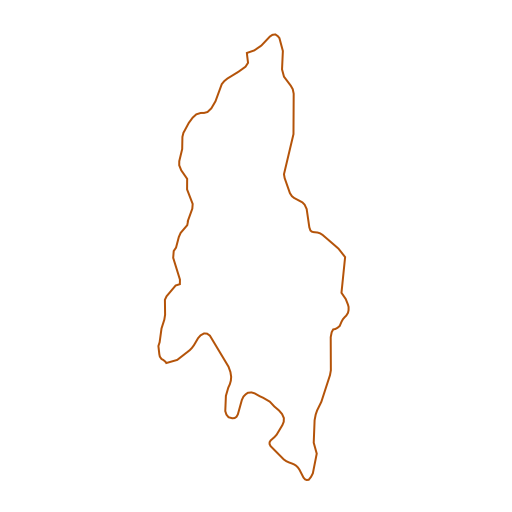 Maramures, Robinson projection, rotated 272°
{"feature_id": "ROU-298", "entity_name": "Maramures", "entity_type": "County", "adm_level": 1, "iso_a3": "ROU", "parent_name": "Romania", "parent_adm1": "", "projection": "robinson", "projection_center": [23.844, 47.655], "detail": "fine", "context": "isolated", "style": "outline", "palette": "amber", "viewbox_px": 512, "rotation_deg": 272, "n_neighbors": 0, "source": "natural_earth", "source_scale": "10m", "svg_char_len": 2123}
<svg xmlns="http://www.w3.org/2000/svg" viewBox="0 0 512 512"><g transform="rotate(272 256 256)"><path d="M162.6,161.6L166.5,162.7L180.3,164.1L189.2,166.6L194.1,167.2L209.1,166.5L212.6,168.0L223.7,176.7L225.2,180.9L229.8,180.8L251.3,173.3L258.1,173.6L261.6,175.8L272.3,178.2L276.5,179.9L284.4,186.2L288.1,186.8L288.4,186.6L301.1,190.7L305.8,190.9L320.1,184.8L330.7,184.5L339.0,178.3L344.0,176.1L348.1,176.0L360.3,178.5L372.5,178.3L376.7,179.2L378.4,180.1L386.7,184.2L392.1,187.9L395.5,191.4L397.0,195.7L397.2,199.2L398.2,202.5L402.0,206.2L409.2,210.1L426.6,215.8L429.7,218.2L432.4,221.3L439.7,232.3L444.8,238.9L448.8,241.3L455.7,240.2L458.6,239.8L461.4,247.1L466.5,254.0L475.8,262.2L477.6,264.7L478.1,267.6L476.5,270.1L474.6,271.8L461.8,275.7L443.4,275.5L436.2,277.7L427.4,284.8L424.0,286.9L419.5,288.0L379.1,289.2L338.7,281.1L334.9,281.9L320.0,287.7L317.0,289.8L315.3,292.1L311.2,300.5L309.0,302.8L304.7,305.0L286.5,308.3L283.4,309.5L282.3,310.9L281.9,312.5L281.6,316.7L280.9,319.2L279.4,321.8L266.2,338.2L258.0,345.1L222.2,342.7L216.1,347.2L210.6,349.6L208.3,350.3L205.1,350.4L202.4,349.9L199.6,348.3L197.9,346.7L195.9,345.1L193.4,343.8L189.0,342.1L187.1,340.0L185.8,337.8L185.3,335.7L182.5,334.3L177.5,333.5L144.4,334.8L139.5,334.1L112.6,326.4L103.9,322.5L99.7,321.2L94.0,320.3L71.4,320.2L60.6,323.6L40.8,320.4L37.2,318.7L34.2,316.5L33.9,314.5L34.5,312.8L36.2,311.2L44.1,306.8L46.2,305.2L47.9,303.3L49.0,301.4L49.9,299.1L50.8,296.3L52.0,293.4L53.7,290.8L66.5,277.2L68.6,276.1L70.4,276.1L72.2,277.1L75.8,280.9L78.2,282.9L88.0,288.3L91.3,289.5L95.0,289.5L98.9,287.6L102.4,284.4L106.2,279.6L110.9,274.9L114.6,268.0L116.0,264.6L118.7,259.4L119.5,256.2L119.0,252.6L117.4,250.5L115.1,248.4L111.7,246.9L97.1,243.4L94.6,242.1L93.3,240.3L93.0,238.0L93.9,234.2L96.4,232.0L99.9,230.7L115.2,230.8L123.5,232.9L126.9,234.3L130.5,235.2L134.3,235.4L139.1,234.5L144.4,232.4L174.8,212.7L176.7,209.8L176.8,206.8L174.8,203.4L171.9,201.0L164.7,197.1L161.8,195.1L159.6,193.1L149.4,180.9L145.9,170.1L146.6,169.7L147.8,168.4L148.9,166.9L149.8,165.1L152.1,163.4L154.5,162.8L162.6,161.6Z" fill="none" stroke="#b45309" stroke-width="2"/></g></svg>